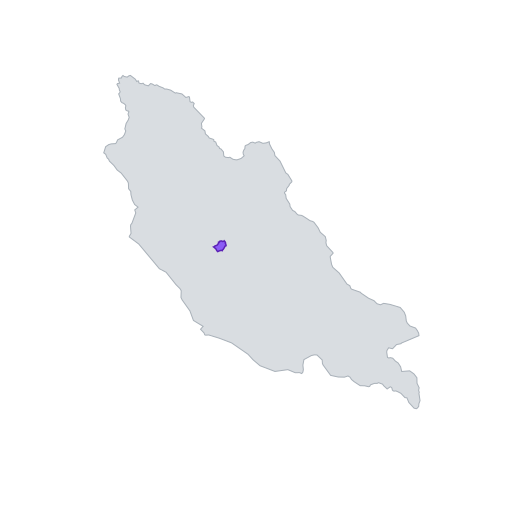 Nariinteel, Övörhangay, Mongolia shown in context, rotated 43°
{"feature_id": "93677404B10303080752591", "entity_name": "Nariinteel", "entity_type": "district", "adm_level": 2, "iso_a3": "MNG", "parent_name": "Mongolia", "parent_adm1": "Övörhangay", "projection": "natural_earth1", "projection_center": [101.463, 45.858], "detail": "fine", "context": "in_parent", "style": "filled", "palette": "violet", "viewbox_px": 512, "rotation_deg": 43, "n_neighbors": 0, "source": "geoboundaries", "source_scale": "gbopen_adm2", "svg_char_len": 4368}
<svg xmlns="http://www.w3.org/2000/svg" viewBox="0 0 512 512"><g transform="rotate(43 256 256)"><path d="M35.6,214.7L37.2,214.6L39.8,213.0L40.2,210.8L41.0,209.6L47.1,209.0L49.8,209.7L50.3,208.3L50.8,208.1L52.2,209.3L53.6,208.8L54.6,208.2L55.6,206.6L57.6,206.8L61.2,205.0L61.3,201.8L62.7,201.0L65.9,200.3L66.3,198.9L67.0,198.4L69.4,198.0L73.4,196.4L75.3,196.2L76.8,194.8L80.5,192.9L85.9,191.9L86.3,191.0L91.3,188.0L96.6,187.9L98.1,185.3L98.9,185.1L102.5,188.1L104.0,187.7L104.6,186.6L106.8,186.6L107.6,188.7L108.9,189.6L124.4,190.4L124.8,191.2L125.6,196.2L128.4,198.5L129.0,199.7L133.3,199.3L135.7,201.2L139.5,201.1L141.3,201.6L145.0,199.9L145.9,199.8L147.0,200.8L148.8,200.1L152.1,201.8L154.7,201.5L156.0,202.2L157.5,201.6L161.2,202.1L164.2,204.8L166.3,204.6L168.8,202.8L169.5,201.6L173.1,201.0L175.1,199.8L176.5,198.7L178.6,194.8L179.0,190.8L177.2,190.2L175.7,188.9L174.8,186.7L174.7,185.2L173.0,183.0L173.2,181.8L174.2,179.9L174.7,176.7L176.0,174.9L178.5,174.0L178.7,172.7L180.3,170.3L184.2,168.9L186.4,166.2L187.7,163.4L189.6,164.9L194.5,166.8L198.7,167.7L201.4,169.7L208.8,170.2L221.1,174.9L223.7,174.6L231.0,176.6L231.6,177.3L231.5,180.9L232.1,181.8L232.4,185.7L233.8,187.6L233.4,189.9L234.0,190.6L235.9,190.9L238.8,193.3L245.3,195.0L247.2,196.6L251.7,197.7L254.0,197.0L257.8,197.4L259.1,197.1L261.5,195.3L263.0,194.8L271.5,193.3L273.8,192.1L275.4,191.8L282.1,193.0L286.8,194.8L293.5,194.6L296.7,196.7L298.1,198.6L300.7,200.3L310.0,201.0L310.5,201.4L310.5,205.5L310.9,206.1L317.0,210.6L319.9,211.9L328.4,211.7L341.7,214.5L344.8,213.7L347.6,215.1L348.7,215.0L357.1,211.3L358.3,211.5L367.2,210.1L372.7,208.2L377.0,208.4L380.3,206.8L381.6,203.6L387.0,200.0L396.6,195.3L402.7,196.0L406.3,197.7L410.2,201.0L412.4,201.9L416.3,202.2L421.8,199.9L424.8,200.5L427.6,201.5L429.5,203.1L421.8,220.3L421.8,221.3L419.2,224.9L419.1,230.7L415.6,232.7L416.3,236.0L417.2,237.2L421.3,240.5L422.6,240.1L423.6,238.7L425.7,237.5L429.6,237.8L432.9,237.3L437.3,238.4L441.3,241.1L446.7,235.2L451.8,234.5L456.7,235.3L460.6,239.3L465.2,241.1L466.5,243.3L468.3,244.3L468.9,245.4L474.6,249.9L475.9,253.0L477.6,255.1L477.7,257.3L477.4,258.4L475.3,259.5L467.7,258.9L463.1,256.8L461.5,258.0L455.7,257.6L452.5,258.5L450.3,259.3L449.1,260.7L448.1,261.1L447.1,261.0L445.3,259.8L443.8,259.9L443.4,260.1L442.6,263.8L437.7,263.8L436.0,263.4L432.0,265.1L431.5,266.5L429.4,268.5L427.6,272.2L428.1,273.8L427.5,274.8L424.0,276.8L420.6,279.8L413.5,281.0L410.1,281.2L407.5,280.5L405.1,281.0L403.3,284.3L398.7,288.4L392.0,292.4L379.6,290.0L378.0,289.4L375.3,286.9L368.1,286.8L366.1,288.5L364.4,291.0L361.7,299.1L364.7,303.8L368.1,306.8L369.5,309.0L369.6,310.8L367.4,311.6L364.3,314.6L356.8,317.4L348.6,327.5L333.8,333.5L324.6,333.9L317.2,333.3L297.4,336.2L284.7,341.4L275.3,346.0L273.2,348.2L272.3,348.6L270.5,347.7L265.4,347.4L265.3,343.5L254.2,345.8L245.1,341.2L232.0,338.5L229.4,337.5L225.0,332.4L222.7,331.7L216.9,331.5L201.3,329.2L194.0,331.2L162.0,327.2L150.4,328.5L149.9,328.0L149.2,324.7L143.9,319.8L143.1,318.6L142.9,316.6L138.7,306.5L135.9,305.0L136.4,300.7L132.1,301.1L127.4,299.4L122.7,296.4L120.4,294.2L117.0,293.7L112.9,289.7L111.0,288.9L100.9,287.3L95.8,287.8L90.3,286.7L84.1,286.6L82.1,285.7L80.3,285.8L76.7,284.1L74.3,284.4L71.5,278.6L72.3,275.0L73.6,272.8L76.6,269.6L76.6,268.4L75.6,265.4L77.4,260.2L77.0,257.0L75.5,253.4L73.4,252.5L70.6,247.6L69.8,243.7L68.7,241.1L65.6,239.5L64.7,237.2L63.7,237.0L63.0,237.7L61.2,238.0L59.3,236.6L58.4,234.9L57.3,234.5L55.2,234.6L53.3,235.3L51.3,235.0L49.6,233.4L45.0,231.1L45.0,229.4L44.4,228.3L43.0,227.9L41.6,226.7L37.2,225.3L37.1,224.4L38.4,222.6L35.4,221.1L34.3,219.6L36.2,217.5L35.5,216.1L35.6,214.7Z" fill="#d9dde1" stroke="#a8b0b8" stroke-width="1"/><path d="M225.0,278.9L225.2,278.4L225.8,277.0L226.7,275.6L227.7,275.1L227.4,274.5L227.5,273.3L227.3,272.7L227.2,272.2L227.2,271.7L227.1,271.3L226.9,271.0L226.8,270.4L226.7,270.1L226.6,269.8L226.8,269.6L227.1,268.9L226.8,268.6L226.1,268.1L224.9,267.6L224.8,267.4L224.8,267.2L223.7,266.7L222.5,266.6L222.6,266.9L222.1,267.5L221.8,268.1L220.7,268.4L220.5,268.6L220.2,268.8L220.1,269.1L219.8,269.4L219.4,270.0L219.5,270.7L219.7,270.8L219.6,271.1L219.4,271.3L219.2,271.5L219.3,271.6L219.5,271.7L219.5,271.8L219.7,272.0L219.8,272.0L220.1,273.7L220.1,274.8L219.1,276.7L219.2,277.4L218.8,278.3L219.7,278.2L222.1,278.2L223.6,278.8L225.0,278.9Z" fill="#8b5cf6" stroke="#5b21b6" stroke-width="1.5"/></g></svg>